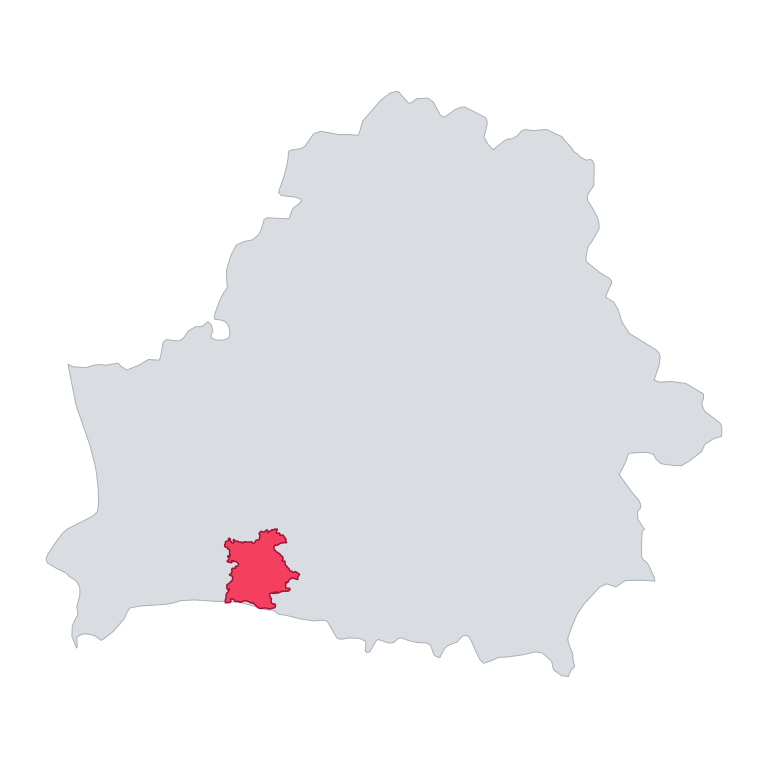 Pinsk, Brest, Belarus (highlighted)
{"feature_id": "67162791B61405599198646", "entity_name": "Pinsk", "entity_type": "district", "adm_level": 2, "iso_a3": "BLR", "parent_name": "Belarus", "parent_adm1": "Brest", "projection": "mercator", "projection_center": [26.193, 52.204], "detail": "fine", "context": "in_parent", "style": "filled", "palette": "rose", "viewbox_px": 768, "rotation_deg": 0, "n_neighbors": 0, "source": "geoboundaries", "source_scale": "gbopen_adm2", "svg_char_len": 9751}
<svg xmlns="http://www.w3.org/2000/svg" viewBox="0 0 768 768"><path d="M654.8,581.1L641.4,580.2L625.2,580.6L616.1,586.9L606.3,583.8L599.3,587.4L583.4,604.8L577.1,614.1L571.2,628.4L567.6,639.0L569.6,646.4L572.5,653.2L573.2,660.6L574.7,666.4L570.7,670.6L568.4,676.6L561.7,675.6L553.5,669.8L551.7,661.4L545.4,655.5L541.2,652.5L534.3,652.0L523.4,654.7L509.0,656.8L498.1,657.4L492.2,660.4L483.5,663.3L480.1,659.8L475.3,650.3L471.3,640.8L468.6,636.6L466.2,635.4L463.2,635.6L459.9,638.7L457.4,641.8L448.3,645.4L444.3,648.8L439.9,657.5L437.0,656.9L434.0,654.9L430.5,645.1L425.8,642.8L418.2,642.7L408.7,640.6L401.1,637.7L398.3,638.4L393.8,642.5L388.8,643.1L378.0,639.4L375.9,641.1L369.7,651.9L366.8,652.5L365.2,651.1L366.1,641.7L359.8,638.4L349.2,637.9L341.8,639.2L338.2,638.8L336.3,637.0L327.2,621.2L322.4,620.2L313.8,620.9L301.1,619.0L286.5,615.5L278.4,614.1L274.3,610.6L265.2,609.4L241.0,602.6L231.1,601.5L216.6,601.4L194.4,599.9L180.2,600.7L173.6,602.9L166.0,604.3L139.6,606.1L130.2,607.9L127.5,611.3L124.4,618.6L113.5,631.2L103.0,639.5L101.1,640.3L94.9,635.8L89.8,634.3L83.8,633.8L79.5,635.3L76.8,637.3L77.2,647.1L76.6,647.9L71.9,636.4L72.3,626.0L74.9,620.0L78.0,614.6L76.7,606.5L79.8,595.8L79.9,588.0L78.6,584.7L76.1,580.8L69.2,576.5L66.2,573.1L56.9,568.6L47.6,563.0L46.1,559.6L46.5,557.2L48.1,553.7L55.2,543.1L62.8,532.9L67.7,528.8L93.5,515.7L97.6,511.1L98.6,503.2L98.1,487.5L96.5,473.0L94.6,463.0L89.6,444.3L76.1,405.2L68.0,364.4L73.3,366.8L85.7,367.7L95.5,364.8L100.6,364.5L105.2,365.3L118.1,363.1L121.3,366.7L127.1,370.0L138.5,365.3L148.5,359.5L159.0,360.2L160.5,357.3L163.1,342.7L166.2,339.6L178.7,341.0L183.3,338.4L188.1,331.2L195.5,326.7L201.7,326.7L208.1,321.7L211.3,325.0L212.8,331.1L210.7,335.9L211.6,337.8L216.0,340.2L223.7,340.1L228.5,338.1L229.7,335.4L229.7,330.4L228.5,325.7L225.2,321.6L219.2,319.6L214.9,319.5L214.2,316.9L215.7,311.4L219.4,301.3L224.0,292.1L226.8,288.6L227.3,285.4L226.7,279.8L226.6,269.8L230.8,255.6L236.3,245.0L243.8,241.6L252.9,239.7L258.7,234.6L261.6,228.8L264.1,219.6L267.0,217.8L288.9,218.9L292.3,209.7L294.1,207.2L298.4,204.4L301.3,201.2L300.2,198.6L294.6,197.0L281.4,195.6L278.7,192.5L279.6,188.9L283.1,179.3L286.5,167.0L288.2,157.5L288.4,151.8L290.3,150.3L301.0,148.5L304.6,146.6L313.9,133.5L320.9,131.3L339.1,134.7L347.5,134.4L358.1,135.3L359.0,134.0L362.7,121.1L380.7,100.2L390.3,93.0L396.4,91.4L398.5,91.7L408.2,102.8L410.5,103.2L416.9,98.6L428.0,98.2L433.2,102.1L440.6,115.5L444.4,117.2L455.2,109.6L461.2,107.1L465.1,107.2L485.5,117.6L487.0,121.0L487.1,124.9L484.0,137.1L488.2,144.6L493.1,149.7L503.6,141.3L507.5,139.0L511.7,138.9L517.3,135.8L521.4,131.1L525.4,129.5L532.8,130.6L546.4,129.5L562.2,136.8L563.5,139.1L571.4,147.7L574.2,152.0L576.8,153.4L581.0,157.6L586.6,160.2L590.5,159.4L592.4,160.8L594.1,164.1L594.2,169.7L593.7,185.7L588.0,194.1L587.3,197.0L587.5,200.5L592.0,207.3L597.8,218.0L599.1,224.2L599.1,228.8L591.3,242.4L588.6,245.5L586.8,252.2L585.9,258.9L586.4,261.7L599.6,272.5L609.3,278.3L611.5,281.1L611.7,282.9L606.5,294.4L606.0,297.4L613.8,302.2L618.1,309.6L621.9,321.8L629.3,333.4L656.8,350.4L659.2,353.4L660.1,357.0L659.2,364.9L654.2,379.9L658.9,382.1L671.0,381.5L685.8,383.4L703.5,394.0L703.5,398.7L701.7,403.0L702.9,407.6L704.9,411.4L720.2,423.2L721.7,426.6L721.9,432.3L721.5,436.5L717.3,437.4L712.5,439.3L704.8,444.3L701.8,451.4L689.3,461.1L681.6,465.5L675.5,465.7L660.9,463.7L655.8,458.9L653.7,454.5L648.1,452.5L640.6,452.4L630.3,453.1L628.2,454.4L626.5,459.9L622.2,469.1L619.0,474.3L632.1,492.5L638.6,500.0L640.7,504.5L640.6,507.8L637.5,511.6L638.0,519.3L644.4,529.4L642.2,531.0L641.6,543.4L641.6,556.6L643.3,559.8L646.8,562.4L649.6,567.2L654.5,578.2L654.8,581.1Z" fill="#d9dde1" stroke="#a8b0b8" stroke-width="1"/><path d="M297.8,579.3L297.7,578.8L297.6,578.6L297.6,578.0L297.6,577.5L298.0,576.8L298.4,576.3L298.6,575.9L298.9,575.6L299.3,574.9L299.4,574.7L299.5,574.4L299.3,574.1L299.0,573.8L298.2,573.4L297.6,573.0L296.8,572.4L295.9,571.8L295.3,571.7L294.9,571.6L294.3,571.9L293.5,572.4L293.1,572.5L292.8,572.2L292.5,571.9L292.1,571.5L291.6,571.2L290.8,571.2L290.2,571.0L289.9,570.6L289.3,569.3L288.9,568.7L288.8,568.4L288.4,568.1L287.8,567.8L287.3,567.4L286.9,567.0L286.9,566.5L286.7,566.0L286.3,565.7L285.5,565.3L285.2,564.8L285.1,564.3L285.1,561.9L284.9,561.6L284.8,561.2L284.3,561.0L283.9,561.1L283.6,561.3L283.2,561.3L282.6,561.2L282.2,560.9L282.1,560.3L282.9,559.5L283.0,557.6L282.9,557.2L282.4,556.7L280.5,555.0L279.9,554.1L279.5,553.6L277.6,552.5L276.2,551.6L275.9,551.3L275.4,550.7L274.8,550.0L274.0,548.8L274.0,548.1L273.8,547.4L274.0,546.9L274.2,546.2L274.4,545.8L274.7,545.4L275.3,545.0L275.8,545.1L276.2,545.3L276.7,545.4L277.4,545.1L280.2,543.5L281.0,543.1L281.7,542.9L282.4,542.8L283.8,542.9L284.3,542.6L285.0,542.5L285.7,542.8L286.4,542.7L286.5,542.2L286.0,541.7L285.7,540.7L285.6,540.0L285.7,539.5L286.0,539.2L285.3,538.3L284.8,537.4L283.7,536.0L283.3,535.4L282.5,535.1L281.6,535.0L280.9,535.3L280.7,535.4L280.3,535.3L280.0,535.2L280.0,534.9L279.9,534.6L279.9,534.1L279.7,533.5L279.4,533.1L279.1,533.1L278.6,533.2L278.1,533.4L277.2,533.4L276.7,533.3L276.6,532.8L276.6,531.7L276.7,530.8L276.9,530.3L277.4,529.8L277.3,529.4L277.1,529.1L276.5,529.1L276.0,529.3L275.6,529.3L275.2,529.1L274.7,529.1L274.4,529.2L274.0,529.6L273.6,529.7L273.3,529.9L272.8,529.8L272.3,529.7L271.9,529.7L271.0,530.6L270.2,531.0L269.9,531.2L268.9,532.1L268.1,532.5L267.8,532.5L267.7,532.2L267.7,531.3L267.7,530.5L267.3,530.0L266.8,529.9L266.4,530.0L265.8,530.6L265.0,531.3L264.5,531.7L263.9,531.9L263.4,532.0L262.9,531.9L261.5,531.3L260.9,531.4L260.6,531.6L260.4,532.0L259.5,532.8L259.1,533.4L259.2,534.0L259.6,534.5L259.8,535.1L259.9,536.1L259.8,536.7L259.7,537.3L259.5,537.7L259.3,538.8L259.4,539.5L259.0,539.9L257.4,540.0L256.4,540.1L255.9,540.4L254.9,542.0L254.8,542.4L253.9,543.4L253.5,543.5L252.9,543.5L252.7,543.4L252.3,542.4L251.9,542.0L251.6,541.8L251.0,541.8L250.1,542.0L249.5,542.1L247.5,542.2L247.0,542.1L246.3,541.8L245.8,541.7L245.4,541.8L244.3,541.9L243.9,542.0L243.6,542.4L243.0,542.8L242.8,543.0L242.5,543.1L241.8,542.1L241.3,542.0L240.3,542.2L239.4,542.2L239.0,542.2L238.3,541.4L237.7,541.2L237.0,541.2L236.5,541.3L235.7,541.1L235.2,540.7L234.9,540.5L234.2,539.7L233.7,539.6L233.4,539.8L233.3,540.4L233.4,541.1L233.6,541.7L233.8,542.1L233.8,542.6L233.5,543.0L232.7,543.1L232.0,543.0L231.7,542.8L231.3,541.8L230.5,541.0L230.2,540.6L230.1,539.9L230.2,539.3L230.1,538.8L229.5,538.3L229.0,538.3L228.6,538.6L228.5,539.1L228.5,539.8L228.8,540.1L228.5,540.6L228.2,540.8L226.5,541.3L225.7,541.6L225.4,542.1L225.4,543.0L225.3,543.9L224.7,544.5L224.7,546.2L224.7,546.5L225.2,546.9L225.8,547.2L227.1,547.7L227.6,547.8L227.7,548.1L227.8,549.0L228.4,549.3L229.4,549.6L229.6,549.9L229.7,550.5L229.5,551.6L229.5,552.2L229.7,554.0L229.7,554.4L229.8,554.8L230.1,555.0L230.3,555.2L230.4,555.6L230.2,556.0L229.8,556.1L229.4,555.9L228.9,555.6L228.2,555.8L227.9,556.1L227.7,556.7L227.9,557.0L228.5,557.4L229.2,557.8L229.2,558.3L229.0,558.9L228.7,559.4L228.4,559.8L227.9,560.3L227.3,560.7L227.2,561.3L227.5,561.6L228.0,562.1L228.7,562.3L230.0,562.3L230.4,562.4L231.1,562.8L231.7,562.7L231.9,562.2L232.1,561.6L231.7,561.2L231.7,560.8L232.9,560.5L233.5,560.7L233.5,561.0L233.7,561.4L234.5,561.4L236.1,561.6L236.8,562.1L237.4,562.7L238.2,563.6L238.6,564.5L237.9,565.6L237.4,566.2L236.5,566.3L236.1,566.2L235.5,566.3L235.4,566.9L235.6,567.8L234.9,568.3L234.4,568.3L233.9,568.2L233.6,568.2L232.8,568.4L232.3,568.4L232.0,568.8L231.7,569.4L231.7,570.1L232.1,571.1L232.0,571.6L231.6,572.0L231.5,572.7L231.6,573.4L231.2,573.8L230.7,573.9L230.0,574.1L229.5,574.7L230.0,575.4L230.8,575.6L231.4,575.8L232.0,576.2L232.6,576.7L232.9,577.5L232.5,578.2L232.4,578.9L232.5,579.5L232.3,580.5L231.6,580.7L230.9,581.4L229.5,582.9L228.3,584.1L227.4,584.3L227.1,584.6L226.9,585.2L226.8,586.5L226.9,588.0L226.9,588.5L227.4,589.2L227.8,589.3L228.4,589.3L228.9,588.9L229.2,589.0L229.4,589.6L229.2,590.1L228.3,590.7L228.3,591.3L228.1,591.9L227.9,592.2L227.2,592.7L226.6,593.4L226.3,594.2L226.1,595.1L226.1,597.9L225.9,598.5L225.5,599.3L225.3,600.2L225.3,602.1L225.4,602.8L226.5,602.7L229.2,602.6L230.2,602.4L230.9,601.5L230.7,600.3L230.7,599.6L230.3,599.1L231.2,598.9L232.0,599.1L233.5,599.2L234.4,600.3L234.5,601.0L235.0,601.4L237.7,601.4L238.9,601.8L240.4,602.3L241.6,602.1L242.7,601.4L244.0,600.9L245.2,600.8L246.8,601.0L247.9,601.4L249.8,602.1L250.8,602.9L251.9,603.0L253.2,602.9L253.6,603.6L254.5,604.2L255.8,605.4L256.7,606.4L257.7,607.3L259.1,608.2L261.5,608.6L262.8,608.3L264.3,608.0L265.5,607.9L267.0,608.3L269.0,609.0L271.6,608.5L272.5,608.2L274.6,607.8L274.9,607.4L275.5,605.9L275.5,605.0L275.2,604.4L274.6,604.0L273.3,603.9L272.6,603.8L272.2,603.3L271.6,603.0L271.2,602.3L271.2,600.1L271.4,599.3L271.5,598.8L271.4,598.4L270.9,598.1L270.7,597.8L270.2,597.5L270.0,596.2L269.7,595.5L269.7,595.0L269.6,594.3L269.7,593.7L270.4,593.3L270.8,593.2L271.4,593.1L272.0,593.1L272.6,593.2L273.1,593.5L273.5,593.2L273.4,592.5L273.9,592.2L274.3,592.2L274.7,592.9L274.9,593.3L275.1,593.4L275.5,593.5L276.0,593.2L276.2,592.9L276.5,591.9L276.8,591.8L277.1,591.7L277.4,592.2L277.5,592.7L277.6,593.0L277.8,593.0L278.3,593.0L279.1,592.6L279.9,592.3L280.4,592.0L281.5,591.6L282.0,591.4L282.6,591.4L283.1,591.3L283.5,591.1L283.9,591.0L285.2,591.2L287.1,591.2L288.3,591.1L289.4,590.3L289.9,589.8L290.0,589.2L289.9,588.7L289.2,588.4L288.9,588.4L288.3,588.2L286.5,588.2L285.9,587.9L285.7,587.3L285.7,586.7L285.7,585.9L285.7,584.8L285.8,584.1L286.0,583.5L286.0,583.1L285.6,582.8L285.7,582.4L286.1,582.1L286.3,582.1L286.6,582.4L286.8,582.6L287.3,582.7L287.8,582.4L288.1,582.0L288.4,581.4L288.4,580.8L288.6,580.4L289.6,579.6L290.0,579.2L290.3,579.0L290.8,578.5L291.3,578.0L291.7,578.0L292.8,578.3L293.4,578.4L294.4,578.3L294.9,578.5L295.7,579.0L296.2,579.2L296.7,579.3L297.8,579.3Z" fill="#f43f5e" stroke="#9f1239" stroke-width="1.5"/></svg>